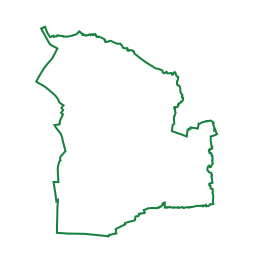 outline of Bang Len, Nakhon Pathom, Thailand, rotated 176°
{"feature_id": "78962969B43519510241877", "entity_name": "Bang Len", "entity_type": "district", "adm_level": 2, "iso_a3": "THA", "parent_name": "Thailand", "parent_adm1": "Nakhon Pathom", "projection": "albers", "projection_center": [100.172, 14.035], "detail": "fine", "context": "isolated", "style": "outline", "palette": "green", "viewbox_px": 256, "rotation_deg": 176, "n_neighbors": 0, "source": "geoboundaries", "source_scale": "gbopen_adm2", "svg_char_len": 5685}
<svg xmlns="http://www.w3.org/2000/svg" viewBox="0 0 256 256"><g transform="rotate(176 128 128)"><path d="M204.6,59.9L202.9,61.2L203.0,59.4L203.4,57.9L203.8,55.0L204.3,49.7L204.6,46.5L205.0,41.6L205.7,35.4L205.7,34.2L206.2,28.4L194.8,26.8L189.4,26.4L178.3,25.4L156.8,21.7L155.1,21.6L155.2,21.3L154.9,21.3L154.2,22.8L153.0,22.7L153.0,22.8L148.2,23.4L148.1,23.7L147.0,23.7L147.3,28.1L144.3,29.3L139.2,31.4L137.5,32.0L137.7,33.3L134.2,34.2L128.5,35.3L127.7,35.4L127.3,36.0L127.2,37.7L126.7,38.7L126.6,39.2L124.0,39.4L123.9,39.7L123.4,39.8L123.0,41.7L121.2,41.6L121.1,41.9L118.2,41.9L117.1,42.3L118.0,45.2L116.7,45.4L115.5,45.7L115.0,45.8L114.7,46.2L113.6,46.5L112.3,46.4L111.8,46.3L110.6,46.6L109.6,46.5L108.6,46.5L106.8,46.2L106.3,46.3L105.9,46.2L105.4,46.2L105.0,46.0L104.2,46.4L103.0,46.2L102.3,46.6L102.1,47.3L101.5,47.0L101.1,47.2L100.8,47.3L100.6,47.6L99.9,48.0L99.7,48.3L99.2,48.3L98.8,49.2L98.4,49.2L98.3,49.3L98.6,50.3L97.2,51.0L96.5,51.1L96.7,48.6L96.8,46.0L95.2,45.9L95.1,46.1L94.6,45.9L94.6,46.1L94.2,46.1L94.1,46.3L93.4,46.1L92.7,46.2L92.6,46.3L92.4,46.1L92.1,46.2L91.6,46.3L91.0,45.8L89.7,45.7L89.1,45.5L88.8,45.5L88.2,45.2L87.7,45.7L85.1,45.1L83.5,45.5L83.1,44.8L82.6,44.8L79.8,45.3L79.5,45.1L79.0,45.2L78.7,44.5L78.6,44.4L77.5,44.4L75.1,44.9L73.9,44.7L73.1,44.3L72.7,44.3L72.6,44.8L70.6,44.8L70.4,44.6L69.9,44.7L68.7,44.8L66.2,45.3L64.8,45.5L61.2,45.3L60.4,45.1L59.7,45.1L59.8,45.4L58.9,45.5L58.6,44.6L56.0,45.9L56.0,45.1L55.6,44.4L55.0,44.7L54.8,44.6L54.2,44.8L53.8,44.8L53.6,44.5L53.2,44.5L52.7,44.9L51.2,46.2L50.9,46.0L50.2,46.2L49.2,46.1L48.2,46.2L48.4,48.6L48.1,51.2L47.6,54.3L48.3,57.7L48.2,58.0L47.8,58.2L47.9,61.4L49.8,61.8L49.7,64.7L49.8,64.8L50.8,64.9L50.8,65.7L51.0,66.4L50.4,67.0L47.6,67.4L47.7,72.0L48.2,72.5L48.0,74.1L47.7,74.1L47.4,75.3L48.1,76.1L48.0,77.3L49.1,77.8L49.9,78.0L50.2,78.2L51.0,79.6L51.7,80.2L51.7,81.3L51.5,82.5L51.0,83.5L50.2,84.7L49.5,84.6L48.9,83.2L48.6,83.2L48.3,83.2L47.1,85.3L46.1,86.2L45.9,87.2L46.4,90.0L45.8,90.2L45.7,94.2L46.4,94.3L46.5,96.6L47.1,96.7L47.2,97.3L48.3,97.2L48.4,97.3L48.9,99.7L48.5,99.8L48.6,100.3L47.7,100.4L47.7,101.3L45.4,101.5L45.3,103.7L46.0,103.8L46.1,105.4L46.4,110.3L46.1,113.8L43.4,114.3L39.6,115.6L40.0,116.5L41.0,119.6L42.3,119.3L42.3,119.8L42.0,120.0L42.1,120.8L41.4,121.0L43.0,126.4L42.9,126.5L42.2,127.0L42.5,127.3L42.5,127.8L44.9,129.6L45.8,129.6L48.1,129.0L48.3,129.4L48.7,129.6L50.1,129.3L51.0,128.8L52.7,128.7L54.4,128.2L56.1,127.2L56.6,127.2L57.2,127.4L57.5,125.9L58.2,123.8L58.4,122.6L65.7,124.2L65.8,122.8L67.4,122.9L67.6,122.0L68.6,122.1L70.0,115.4L76.0,118.3L77.0,118.6L84.4,121.8L83.3,127.8L81.6,128.9L81.5,131.7L81.6,133.9L81.5,135.7L81.3,136.1L80.6,136.7L80.5,137.8L79.8,138.9L79.6,139.6L79.5,140.5L79.8,141.4L79.9,143.0L79.7,143.7L80.5,144.2L80.6,144.4L80.2,145.7L78.0,145.4L77.0,145.6L76.3,148.0L75.8,147.8L75.7,148.6L75.2,148.9L75.2,149.1L73.2,149.9L73.1,150.0L73.2,150.6L72.3,151.0L71.4,151.6L71.1,152.4L70.9,154.4L72.0,154.6L72.0,155.9L71.4,157.1L72.3,158.3L72.9,159.5L73.1,160.6L73.2,162.4L73.0,163.6L73.2,165.0L73.5,165.9L74.2,167.0L75.2,166.9L76.0,167.9L76.0,170.7L75.6,171.6L75.2,171.9L74.9,172.4L74.7,173.5L74.7,174.3L74.4,175.4L75.3,175.8L76.2,177.1L76.5,178.1L76.6,179.3L77.3,180.4L77.4,180.5L77.6,180.5L78.2,180.2L78.6,179.7L79.2,178.3L79.4,178.2L79.6,178.1L80.5,178.3L80.4,179.4L80.4,179.5L80.7,179.7L81.7,179.9L83.2,179.6L84.9,179.7L85.1,179.9L85.3,180.9L85.4,181.2L85.7,181.4L86.1,181.3L87.3,180.2L87.8,180.1L88.7,180.3L89.0,180.6L89.3,181.0L89.5,181.5L89.5,182.4L90.1,183.2L91.9,184.2L92.7,184.3L93.9,185.0L95.4,185.1L97.6,186.5L104.9,191.8L110.9,196.7L116.0,201.5L116.7,202.5L116.7,203.7L117.1,203.8L117.2,204.3L117.9,204.4L118.2,205.0L119.9,205.6L122.1,205.0L122.4,205.8L123.2,205.5L123.3,205.6L123.3,205.9L122.9,206.2L122.8,206.9L123.0,207.5L123.4,207.5L123.5,207.8L124.9,207.6L127.3,208.3L127.6,208.4L127.7,208.5L127.8,209.5L128.2,210.8L129.5,211.9L129.7,212.7L131.2,212.8L132.0,212.7L132.9,212.8L133.9,213.3L139.6,216.3L142.9,215.3L143.2,215.3L143.6,215.6L144.6,215.4L144.8,216.0L144.7,216.5L145.1,217.0L144.9,217.5L145.4,217.8L145.5,218.4L150.0,220.9L151.3,221.3L151.6,220.8L152.5,221.2L152.9,221.1L153.1,221.6L153.6,222.2L153.7,222.7L153.5,222.8L153.5,223.1L154.0,223.9L155.0,223.4L156.0,223.2L156.1,223.8L156.9,223.4L157.2,224.0L158.1,223.9L158.4,223.6L159.0,223.2L159.4,223.6L159.7,224.1L161.3,223.5L163.2,223.1L163.2,223.4L164.4,223.6L165.4,223.8L166.3,223.9L165.9,224.4L166.0,224.9L166.4,225.1L167.8,225.5L167.9,225.9L168.3,226.2L168.5,226.7L169.4,227.3L169.9,227.8L170.6,227.1L171.0,226.5L171.9,226.1L172.7,225.3L173.3,225.0L174.2,224.7L175.5,224.6L177.1,224.1L179.2,223.8L181.6,223.3L181.9,223.4L183.0,223.5L186.1,223.7L186.2,224.2L190.3,224.9L190.4,225.1L192.2,225.3L192.5,224.4L194.6,224.3L195.1,224.2L195.2,224.4L195.7,224.1L196.2,225.3L199.3,224.0L201.6,228.1L202.2,229.6L203.6,234.7L205.7,233.8L205.7,234.1L207.7,233.2L200.6,218.0L199.9,216.9L198.5,215.8L192.9,212.3L194.7,209.2L198.4,203.2L199.2,202.2L204.0,197.5L207.8,193.3L212.7,186.3L216.4,180.7L207.8,174.8L204.5,171.7L199.8,167.1L198.1,165.2L196.5,162.8L195.5,160.8L195.0,159.5L194.8,158.5L194.5,158.1L192.9,156.7L190.7,155.1L191.5,154.4L193.0,152.8L191.4,150.5L193.7,147.8L191.9,146.2L195.5,139.7L195.8,138.1L195.5,138.1L195.9,136.4L198.8,136.2L201.1,136.0L200.2,134.1L199.0,132.1L198.5,131.2L197.1,129.6L195.4,126.7L194.7,124.2L194.2,121.9L194.0,120.2L192.0,109.3L193.1,108.4L194.7,106.5L196.4,105.2L197.0,104.2L197.8,103.3L197.8,103.0L197.8,102.6L197.8,101.5L197.6,100.3L197.8,100.0L198.6,99.6L199.0,99.1L200.4,94.9L200.7,93.9L201.0,91.2L201.2,85.2L201.1,81.6L201.2,78.9L206.0,79.3L205.5,73.8L205.5,72.5L205.3,70.9L205.1,69.4L204.6,59.9Z" fill="none" stroke="#15803d" stroke-width="2"/></g></svg>